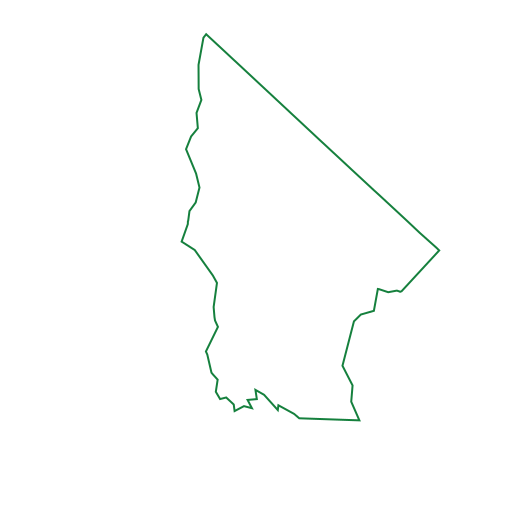 outline of York, Pennsylvania, United States of America, rotated 223°
{"feature_id": "52423323B25610501181533", "entity_name": "York", "entity_type": "district", "adm_level": 2, "iso_a3": "USA", "parent_name": "United States of America", "parent_adm1": "Pennsylvania", "projection": "robinson", "projection_center": [-76.736, 39.973], "detail": "fine", "context": "isolated", "style": "outline", "palette": "green", "viewbox_px": 512, "rotation_deg": 223, "n_neighbors": 0, "source": "geoboundaries", "source_scale": "gbopen_adm2", "svg_char_len": 1170}
<svg xmlns="http://www.w3.org/2000/svg" viewBox="0 0 512 512"><g transform="rotate(223 256 256)"><path d="M184.7,126.9L181.3,132.2L171.0,132.2L165.9,128.0L162.4,138.0L155.2,141.9L164.0,145.0L157.8,151.9L165.1,157.7L155.4,160.0L135.0,158.2L137.8,162.1L120.5,166.5L113.7,166.8L92.2,185.5L68.3,206.3L87.0,214.4L97.1,227.2L117.9,234.7L139.8,275.0L139.4,284.7L132.4,296.3L144.4,315.0L143.5,315.6L134.6,319.7L129.5,326.6L129.1,326.9L128.2,327.3L126.7,328.0L126.2,328.1L125.5,329.5L125.8,385.0L129.3,385.1L152.0,384.6L168.3,384.7L171.5,384.7L175.2,384.7L205.3,384.6L206.5,384.6L214.6,384.5L244.5,384.4L246.0,384.4L252.1,384.4L288.8,384.3L305.6,384.3L327.5,384.3L338.1,384.3L358.8,384.3L368.7,384.3L374.7,384.3L378.4,384.3L384.6,384.3L384.9,384.3L443.7,384.2L443.3,379.8L428.4,356.6L411.8,339.0L402.4,332.9L397.1,320.1L385.7,309.8L385.0,299.2L380.0,286.4L356.0,275.4L344.0,267.5L336.6,254.0L335.3,243.5L329.6,235.5L329.5,235.0L327.6,232.8L320.2,215.8L304.9,218.6L274.2,212.3L266.2,209.7L252.2,189.8L244.7,183.0L242.0,180.9L235.5,178.2L227.5,152.0L224.4,150.7L209.0,140.3L206.7,140.0L199.7,139.4L192.8,129.3L184.7,126.9Z" fill="none" stroke="#15803d" stroke-width="2"/></g></svg>